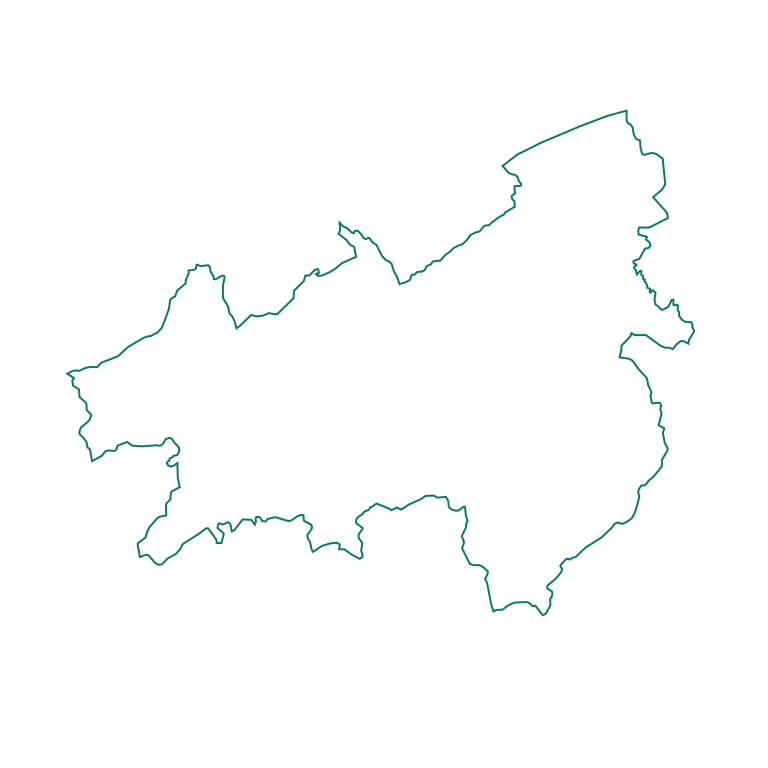 Thanh Son, Phú Thọ, Vietnam, rotated 264°
{"feature_id": "81297802B60314868788909", "entity_name": "Thanh Son", "entity_type": "district", "adm_level": 2, "iso_a3": "VNM", "parent_name": "Vietnam", "parent_adm1": "Phú Thọ", "projection": "robinson", "projection_center": [105.189, 21.087], "detail": "fine", "context": "isolated", "style": "outline", "palette": "teal", "viewbox_px": 768, "rotation_deg": 264, "n_neighbors": 0, "source": "geoboundaries", "source_scale": "gbopen_adm2", "svg_char_len": 6139}
<svg xmlns="http://www.w3.org/2000/svg" viewBox="0 0 768 768"><g transform="rotate(264 384 384)"><path d="M579.0,684.7L584.0,679.3L585.5,675.8L585.7,673.1L584.7,667.0L585.0,665.6L586.4,664.7L592.1,663.8L599.7,664.1L601.0,660.9L603.0,659.6L606.1,658.5L612.9,658.1L616.7,656.1L617.5,654.0L620.4,652.9L630.5,653.7L627.3,634.2L619.7,605.4L607.3,564.7L598.3,540.7L588.5,524.7L580.9,530.0L579.0,533.5L578.6,535.7L576.0,538.4L571.4,539.5L569.0,541.3L567.0,541.0L566.6,539.5L567.2,534.9L566.5,534.3L559.8,534.3L558.0,530.9L557.1,530.4L554.2,531.0L552.0,532.7L546.7,532.7L541.9,522.5L539.8,520.7L538.2,516.3L533.3,508.0L531.0,505.2L530.9,500.4L525.7,494.9L525.0,490.3L522.8,485.1L518.7,481.7L515.0,476.9L513.6,471.5L511.7,467.0L508.5,463.2L505.8,458.3L500.8,452.8L500.8,445.4L498.2,443.2L496.6,438.7L492.9,436.3L491.9,433.6L491.9,428.6L489.6,425.9L489.7,423.0L484.8,420.7L483.0,416.5L481.7,409.9L489.2,408.1L495.2,405.6L502.9,404.1L505.6,401.4L506.7,399.1L511.3,395.5L523.3,390.9L526.1,387.4L530.7,384.7L530.9,383.2L529.9,381.1L530.9,379.3L535.9,376.6L539.2,373.8L539.3,371.0L537.0,369.6L538.1,367.6L542.9,363.6L545.1,359.8L549.0,356.7L541.2,356.4L538.2,354.5L531.1,361.8L526.1,364.6L523.6,368.6L513.4,369.6L508.6,354.8L504.2,348.5L501.0,342.1L498.3,333.3L498.3,330.0L500.1,328.0L500.7,327.8L501.1,330.8L504.3,330.7L505.5,329.6L504.4,326.8L499.7,321.0L500.0,317.1L494.8,315.1L486.1,304.2L478.7,303.0L464.7,285.3L464.8,282.2L466.5,277.0L464.7,270.8L464.5,265.1L466.4,258.9L457.5,247.7L454.8,243.1L461.0,242.2L466.7,240.4L470.3,237.7L477.5,237.0L486.4,232.8L498.8,234.1L506.7,236.7L508.2,236.2L508.6,234.0L505.7,227.4L506.2,225.7L509.1,225.6L513.9,223.3L519.0,222.9L520.5,221.5L520.4,214.0L522.3,210.6L521.6,209.7L518.5,209.0L517.4,207.0L517.3,201.4L514.4,201.4L507.9,197.6L504.9,197.3L498.5,188.2L492.8,185.2L491.0,181.0L489.9,180.1L481.2,178.0L468.4,171.7L463.4,169.1L458.9,164.2L456.1,156.9L455.9,152.9L454.9,149.4L451.1,140.9L447.2,132.8L439.4,122.4L434.8,105.2L430.8,100.6L431.6,93.9L431.3,89.0L428.9,82.2L429.7,79.3L429.5,75.6L427.4,70.1L422.1,76.4L420.2,74.4L414.9,74.5L410.6,80.0L402.7,79.9L397.3,85.0L395.2,86.0L389.3,85.6L383.9,89.6L380.0,88.0L378.1,86.5L372.1,77.8L368.0,75.9L365.5,76.3L361.8,79.6L357.4,82.1L352.0,82.4L349.7,84.7L337.7,85.6L342.3,96.1L346.2,99.8L346.7,102.6L345.6,109.3L347.1,111.2L350.6,112.7L353.2,122.5L348.9,127.4L347.3,137.1L346.9,150.7L346.0,154.7L347.1,157.5L352.0,161.2L352.9,165.2L351.5,167.4L347.6,169.4L342.5,173.4L339.8,173.6L336.2,172.1L334.8,170.3L334.7,167.4L333.2,166.0L332.2,162.9L330.2,162.6L329.4,160.7L328.2,159.8L325.4,160.9L324.2,163.4L324.7,166.2L327.0,170.3L312.6,169.1L302.7,170.0L299.4,161.7L298.1,160.7L291.6,159.5L288.3,155.5L286.6,154.5L276.0,153.7L275.5,147.2L274.1,144.2L265.9,135.7L262.1,133.1L256.2,130.8L251.5,122.7L250.4,122.2L237.5,123.2L238.9,128.8L238.3,131.9L230.9,137.0L227.9,140.4L227.7,143.0L228.4,145.1L233.0,150.4L236.3,158.5L241.0,164.0L245.2,166.6L246.5,168.4L254.4,184.3L259.0,192.0L258.9,193.9L249.0,199.7L246.1,201.1L243.4,200.9L242.8,205.7L251.4,208.9L252.6,208.6L258.2,203.3L262.1,204.6L262.7,205.8L261.1,209.1L262.8,214.7L260.7,216.5L253.4,217.3L254.2,219.8L264.1,229.3L262.7,238.0L257.6,240.8L260.9,242.3L263.6,242.2L265.2,243.2L264.7,246.0L263.0,247.7L260.8,248.2L259.8,250.6L260.0,252.4L261.9,254.0L262.9,262.0L257.7,274.6L257.9,277.4L261.7,284.5L262.5,288.6L261.9,290.2L256.8,290.0L255.9,290.6L251.8,296.8L249.3,297.5L247.4,296.8L241.9,292.1L240.2,291.9L237.9,292.2L234.7,293.9L227.2,294.7L224.5,295.9L229.5,305.6L231.1,313.9L231.1,320.4L229.6,322.6L228.4,323.2L224.4,322.0L223.7,327.3L217.3,334.6L212.7,341.5L213.4,343.3L215.2,344.8L221.0,343.9L228.3,345.9L233.0,342.9L235.6,342.7L237.8,343.6L242.0,347.6L243.0,347.7L248.1,342.2L249.5,341.7L252.3,342.3L254.6,344.6L256.6,348.8L259.1,351.1L260.5,355.6L263.0,357.6L263.4,359.9L265.5,363.2L265.7,364.5L259.2,376.6L257.7,378.3L259.8,383.7L257.3,388.1L261.6,396.4L265.8,409.1L268.4,413.7L267.8,421.8L265.4,425.1L265.3,433.7L260.9,435.7L254.9,435.6L252.0,438.3L250.5,442.0L250.4,444.9L253.8,450.7L253.4,451.7L244.0,451.7L239.5,452.8L236.5,451.2L232.5,450.4L224.7,445.5L218.2,447.1L212.5,444.5L196.1,450.6L194.5,454.0L193.9,460.0L191.3,463.7L187.0,467.5L184.3,467.3L179.8,464.2L175.4,465.7L153.7,467.6L146.4,469.1L147.5,471.9L147.2,478.3L150.8,484.2L153.0,490.9L152.2,503.7L150.1,506.6L147.8,508.1L147.6,511.4L137.5,517.7L138.1,520.0L139.9,522.0L146.5,526.3L152.5,526.7L155.2,528.7L158.1,529.6L160.1,529.3L163.7,525.1L166.4,525.3L172.4,534.5L178.5,540.7L181.3,541.8L184.6,540.3L186.7,542.0L190.9,546.9L191.0,548.6L190.0,550.4L191.6,553.7L191.9,556.6L200.2,567.3L208.8,584.5L217.3,595.6L220.7,598.5L221.8,602.5L220.6,604.5L220.1,607.0L221.3,610.8L224.4,616.3L229.4,619.8L236.6,623.0L245.0,626.0L250.1,625.5L253.4,627.0L256.1,629.3L256.1,632.9L256.9,634.1L260.5,637.5L263.7,642.4L271.2,649.9L273.5,651.9L279.4,652.4L288.8,659.3L290.9,659.2L295.9,657.1L304.4,656.3L306.4,656.4L310.7,658.0L314.3,652.8L324.4,656.5L327.3,656.9L329.7,656.0L333.1,657.2L335.4,657.0L336.6,655.9L336.6,649.6L337.3,648.4L343.7,647.8L348.0,649.2L355.0,646.7L362.4,646.0L372.4,638.6L381.4,633.5L383.6,630.2L385.8,621.1L392.7,623.5L397.3,624.2L405.4,633.8L408.6,635.4L406.4,638.4L405.3,649.6L392.8,663.4L390.7,667.5L390.4,671.2L388.5,674.9L392.7,678.9L395.7,683.7L395.1,686.8L392.3,691.0L395.7,691.7L403.2,697.5L404.7,697.9L408.4,696.6L411.2,696.9L413.3,696.1L414.5,689.8L416.7,687.1L420.7,684.7L424.5,685.0L427.0,683.7L431.2,684.6L432.3,683.5L431.8,681.2L432.6,680.1L437.6,680.6L437.7,679.4L436.8,678.2L434.8,677.4L430.9,674.5L428.8,669.3L428.9,667.6L432.9,664.5L434.5,662.3L440.0,661.9L446.5,663.6L449.3,660.9L447.0,658.9L447.4,657.9L450.9,658.5L452.1,655.9L454.2,656.0L457.4,655.1L458.8,653.6L460.6,654.4L461.5,652.6L464.3,652.8L465.7,651.2L469.3,651.8L469.8,651.1L469.4,650.0L466.5,647.0L471.5,646.0L473.5,644.8L474.3,645.0L475.6,647.5L476.5,647.2L477.9,644.9L480.2,645.0L481.8,651.1L491.4,657.7L491.5,661.0L493.0,662.9L494.4,663.5L497.1,662.9L500.3,659.7L502.8,660.8L506.1,652.8L509.8,652.9L512.9,654.0L511.9,664.2L519.3,683.6L524.4,683.5L541.7,671.2L548.2,680.8L553.2,684.6L579.0,684.7Z" fill="none" stroke="#0f766e" stroke-width="2"/></g></svg>